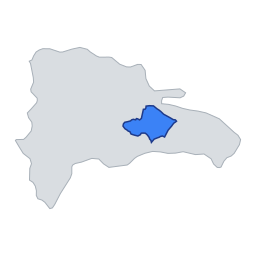 where Monte Plata sits in Dominican Republic
{"feature_id": "DOM-1981", "entity_name": "Monte Plata", "entity_type": "Province", "adm_level": 1, "iso_a3": "DOM", "parent_name": "Dominican Republic", "parent_adm1": "", "projection": "robinson", "projection_center": [-69.861, 18.831], "detail": "fine", "context": "in_parent", "style": "filled", "palette": "blue", "viewbox_px": 256, "rotation_deg": 0, "n_neighbors": 0, "source": "natural_earth", "source_scale": "10m", "svg_char_len": 2221}
<svg xmlns="http://www.w3.org/2000/svg" viewBox="0 0 256 256"><path d="M29.5,180.1L29.8,168.4L31.5,163.7L30.0,158.7L23.2,153.4L19.0,146.6L15.4,140.5L16.2,139.6L23.6,139.4L26.2,137.1L31.2,131.0L32.2,126.0L31.8,122.2L28.6,117.7L27.3,113.0L31.3,108.8L36.6,102.8L37.3,100.5L37.2,98.2L31.1,91.8L30.7,89.1L33.6,82.2L33.3,77.6L30.5,63.4L29.2,61.2L31.9,60.0L33.7,55.8L36.1,52.0L39.2,50.0L42.8,48.7L49.9,48.8L59.8,52.1L62.6,52.0L72.0,49.1L79.9,47.4L87.3,49.3L90.2,51.9L96.3,55.9L99.4,57.2L109.0,57.1L111.7,57.5L119.7,64.2L126.6,66.9L130.5,67.0L137.6,64.4L141.1,64.5L145.1,70.3L145.9,78.6L149.3,86.1L154.5,90.9L179.9,88.9L185.6,92.8L183.7,96.1L180.1,97.8L168.0,97.1L162.7,97.5L161.6,100.7L161.6,103.7L168.7,104.4L175.6,106.0L182.7,108.4L189.9,110.0L198.0,111.1L206.0,112.9L219.3,118.8L234.1,132.3L238.0,135.3L240.6,139.6L239.4,144.7L234.2,153.3L231.2,156.0L226.9,157.7L223.9,161.2L221.0,167.1L219.3,167.6L217.2,167.4L213.6,164.0L211.1,158.8L204.0,154.0L195.5,154.6L183.1,151.7L175.6,153.1L168.0,153.4L160.3,151.9L152.6,151.4L144.8,153.3L137.3,156.4L134.5,158.4L129.7,163.2L127.2,165.0L108.9,167.4L103.6,163.9L98.8,159.0L91.7,158.4L81.5,162.1L75.2,163.5L72.6,165.1L71.8,166.9L71.8,173.7L70.3,177.9L60.4,193.5L54.7,204.5L52.4,207.9L49.8,208.6L44.9,202.3L41.8,200.0L37.9,198.8L36.3,195.5L36.4,190.7L35.3,186.1L33.0,182.4L29.5,180.1Z" fill="#d9dde1" stroke="#a8b0b8" stroke-width="1"/><path d="M123.0,126.1L123.4,123.9L124.7,122.3L127.9,121.6L130.5,120.9L131.7,119.8L133.3,119.3L134.6,119.6L135.7,119.8L136.4,118.6L137.6,118.8L139.6,119.9L141.4,118.4L142.4,113.8L143.4,109.3L145.0,109.3L145.9,108.0L146.0,106.9L146.1,106.1L149.4,105.7L153.5,105.9L155.2,107.3L157.0,108.8L158.9,110.0L160.7,111.4L163.6,114.2L167.1,116.1L170.2,117.8L173.2,119.6L175.4,119.9L176.5,121.2L175.4,122.1L174.1,122.9L172.8,124.4L171.7,126.0L168.1,130.2L164.6,137.0L162.4,136.0L160.3,136.5L159.1,137.3L157.8,137.7L154.2,139.1L151.4,142.4L150.9,140.4L149.6,139.0L149.2,137.6L148.4,136.4L147.0,134.6L145.3,133.2L143.9,133.1L142.5,133.1L141.7,133.1L141.0,133.4L140.7,134.0L140.5,134.6L137.9,136.0L135.0,135.3L133.0,134.7L131.0,134.0L129.9,131.7L128.2,131.1L126.7,129.8L125.1,128.9L124.0,127.5L123.0,126.1Z" fill="#3b82f6" stroke="#1e3a8a" stroke-width="1.5"/></svg>